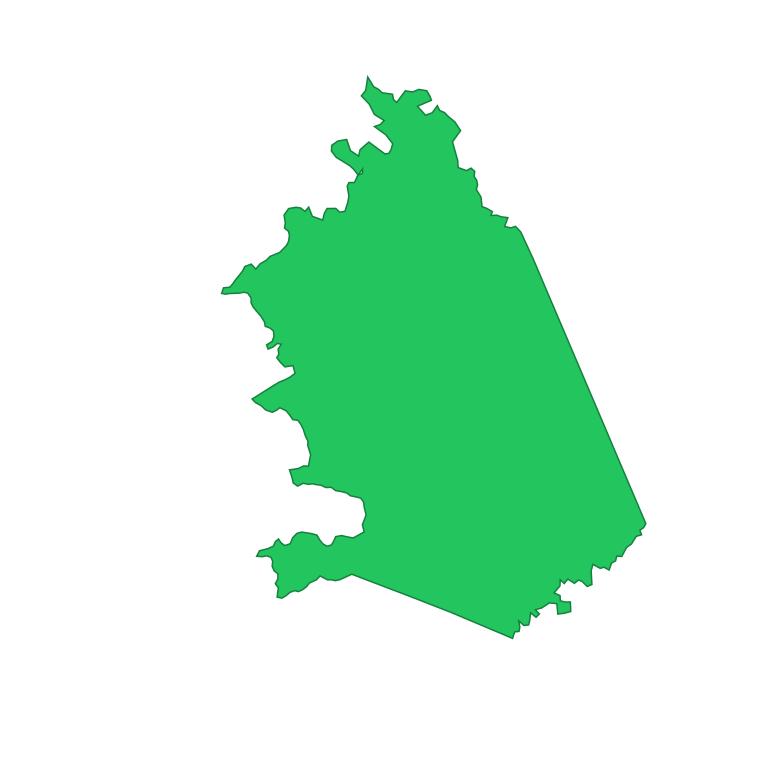 outline of Espumoso, Rio Grande do Sul, Brazil, rotated 335°
{"feature_id": "56859067B24285500809060", "entity_name": "Espumoso", "entity_type": "district", "adm_level": 2, "iso_a3": "BRA", "parent_name": "Brazil", "parent_adm1": "Rio Grande do Sul", "projection": "robinson", "projection_center": [-52.869, -28.845], "detail": "fine", "context": "isolated", "style": "filled", "palette": "green", "viewbox_px": 768, "rotation_deg": 335, "n_neighbors": 0, "source": "geoboundaries", "source_scale": "gbopen_adm2", "svg_char_len": 3735}
<svg xmlns="http://www.w3.org/2000/svg" viewBox="0 0 768 768"><g transform="rotate(335 384 384)"><path d="M262.1,421.8L261.1,430.0L259.9,435.4L262.6,440.1L268.7,439.8L273.1,443.0L277.0,444.2L280.2,446.7L284.1,449.1L287.6,453.3L292.6,455.4L295.0,460.1L299.5,463.2L304.1,466.9L306.4,471.2L310.6,474.3L314.6,477.5L315.6,482.2L313.8,488.1L312.5,495.0L308.9,498.6L305.0,502.3L303.5,509.7L290.9,510.5L285.6,506.6L281.5,503.4L275.7,501.9L272.3,504.9L268.5,507.6L263.8,507.0L261.0,502.9L259.9,498.3L259.4,492.6L255.4,489.2L250.9,486.1L246.6,483.3L241.8,482.6L236.3,484.7L231.5,489.1L225.8,488.5L223.5,484.2L222.9,479.9L218.9,480.9L215.4,484.2L209.9,484.2L205.5,483.5L200.7,482.5L195.8,486.3L200.5,489.0L205.1,490.1L208.3,493.4L208.2,497.6L205.6,501.9L205.5,507.0L207.6,511.2L205.5,515.7L201.1,519.1L202.2,524.1L199.7,527.7L197.1,532.0L200.9,534.9L205.7,534.5L210.8,533.1L215.8,533.6L218.7,536.0L223.3,536.0L228.3,534.9L232.1,532.9L240.1,532.9L244.9,530.9L250.1,537.7L253.6,539.2L256.6,541.6L261.2,542.7L274.4,542.8L317.7,587.4L348.0,619.1L393.0,668.9L397.7,663.9L401.8,665.3L404.4,661.7L406.0,655.6L408.7,661.9L413.2,663.5L416.0,660.1L420.2,653.3L423.2,659.7L427.7,658.1L425.7,652.5L432.1,653.6L441.4,652.3L447.8,656.1L444.3,666.0L450.6,668.0L457.1,669.1L460.8,660.3L455.9,658.1L452.2,655.0L454.1,650.2L449.9,645.2L458.1,641.4L461.0,635.9L463.0,641.0L468.2,638.5L472.3,645.1L477.4,643.9L480.1,646.6L482.6,653.4L487.7,653.6L492.8,640.9L497.1,635.8L502.1,642.5L505.9,643.0L509.4,647.8L514.6,642.4L519.1,642.2L522.2,638.3L526.6,640.8L534.7,634.7L540.6,633.6L548.3,628.7L553.7,629.5L554.1,624.7L558.8,623.8L562.3,621.2L564.1,568.7L565.0,541.9L566.1,511.7L571.0,365.1L572.1,333.6L572.2,304.1L569.8,296.7L565.2,296.2L559.8,292.3L566.6,285.6L560.7,281.9L557.8,278.8L552.1,276.4L555.1,273.6L551.0,267.8L547.8,264.7L550.9,255.6L549.9,246.8L553.0,243.0L554.1,238.5L553.4,234.0L556.1,229.6L554.1,225.1L549.0,225.5L542.7,219.2L545.3,212.4L548.4,193.5L560.5,186.7L559.0,176.4L555.5,169.2L553.6,163.7L550.0,159.5L550.0,154.3L542.3,158.6L535.2,157.9L531.7,146.4L546.9,146.9L547.3,142.3L546.7,136.3L540.2,131.8L533.3,131.4L527.2,127.3L514.5,134.2L512.8,130.2L514.2,125.0L505.3,119.2L503.6,114.7L500.3,110.2L499.0,98.9L491.6,110.1L485.2,113.3L488.9,124.1L489.2,135.6L495.5,145.3L490.0,147.3L484.1,146.6L491.0,159.0L493.4,169.9L489.4,174.6L485.9,177.0L482.1,175.9L472.5,158.3L461.4,161.5L457.3,166.7L452.2,158.3L453.5,146.6L444.7,144.3L437.5,145.6L434.8,150.7L436.5,158.4L445.3,171.8L447.4,177.0L448.8,183.7L442.3,188.9L437.3,186.6L434.3,189.2L431.5,199.1L427.9,204.1L421.6,211.0L416.4,209.5L414.5,204.5L406.6,200.9L402.2,204.0L397.7,209.5L389.9,201.8L390.5,191.9L385.3,194.2L382.8,189.2L378.8,186.6L371.7,184.7L364.8,188.7L362.7,196.2L359.7,200.7L362.0,205.4L361.0,209.5L357.6,214.6L353.9,217.4L344.9,220.7L334.7,220.2L329.6,222.1L322.5,222.7L316.4,225.7L314.3,219.2L307.5,218.7L303.7,221.8L298.5,224.4L293.5,226.8L289.2,229.3L285.1,231.1L279.2,229.0L275.1,233.3L278.3,235.6L282.2,236.7L285.5,238.1L291.6,240.6L296.0,241.7L298.9,244.1L299.9,250.0L297.9,254.1L297.9,258.6L299.1,263.5L301.2,271.2L301.9,277.5L300.7,281.5L304.3,285.1L306.2,289.2L304.4,294.4L300.6,298.2L294.1,298.9L293.7,303.4L298.9,303.6L304.5,302.2L307.7,304.5L302.8,307.7L301.2,312.6L297.9,314.9L299.1,320.1L301.4,326.6L305.2,327.7L309.3,328.9L307.9,336.7L301.4,338.1L295.8,338.3L289.9,338.0L284.7,338.5L258.1,341.9L259.6,346.4L263.4,351.6L265.8,357.5L270.8,362.4L275.5,362.4L279.6,361.5L284.1,367.1L285.5,373.0L286.3,377.8L290.5,380.4L291.6,385.4L291.7,391.0L290.8,397.8L290.9,403.7L289.0,407.4L288.2,412.6L287.6,417.1L280.7,426.6L276.7,424.3L271.0,424.4L266.9,423.4L262.1,421.8ZM448.8,183.7L455.5,180.0L453.5,184.0L448.8,183.7Z" fill="#22c55e" stroke="#15803d" stroke-width="1.5"/></g></svg>